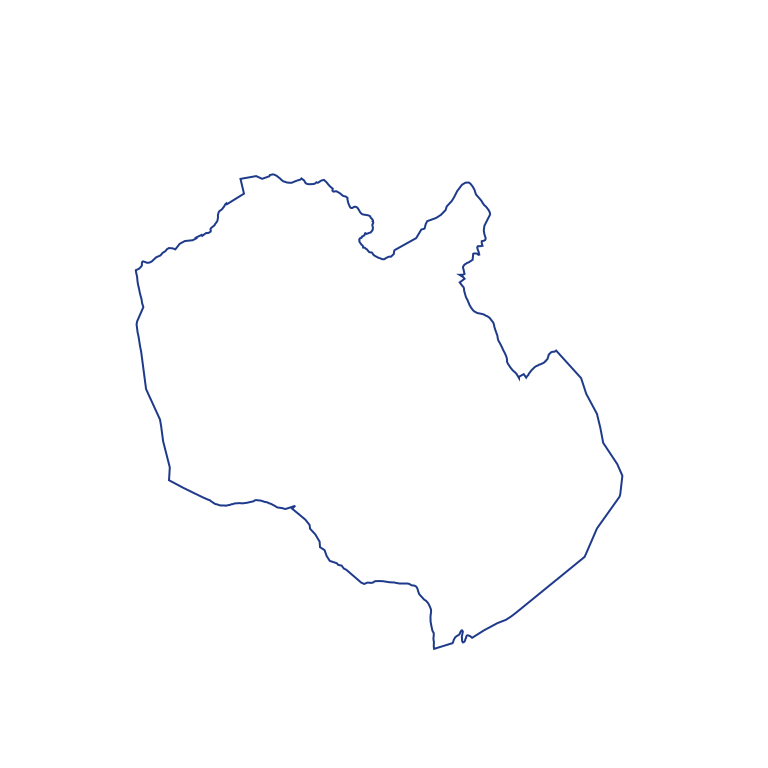 San Juan Cancuc, Chiapas, Mexico, rotated 309°
{"feature_id": "50627088B84437137073669", "entity_name": "San Juan Cancuc", "entity_type": "district", "adm_level": 2, "iso_a3": "MEX", "parent_name": "Mexico", "parent_adm1": "Chiapas", "projection": "natural_earth1", "projection_center": [-92.376, 16.931], "detail": "fine", "context": "isolated", "style": "outline", "palette": "blue", "viewbox_px": 768, "rotation_deg": 309, "n_neighbors": 0, "source": "geoboundaries", "source_scale": "gbopen_adm2", "svg_char_len": 6166}
<svg xmlns="http://www.w3.org/2000/svg" viewBox="0 0 768 768"><g transform="rotate(309 384 384)"><path d="M568.9,321.5L561.4,321.0L558.0,322.4L551.3,321.8L545.8,320.0L537.7,315.1L534.5,315.8L530.4,317.7L529.3,317.1L527.6,315.8L517.6,317.2L495.2,308.2L494.4,308.0L493.2,308.5L491.2,309.8L487.3,309.3L486.7,308.4L485.7,307.5L483.0,306.2L481.3,305.8L480.6,305.1L479.8,303.9L479.3,301.9L478.6,300.2L477.8,296.2L477.8,294.0L478.4,292.8L478.5,292.1L478.4,291.5L477.4,290.1L477.2,289.3L477.9,285.8L477.7,285.2L477.8,283.6L477.7,283.1L476.9,281.9L477.6,281.3L478.0,280.6L478.2,278.4L479.1,275.4L479.5,274.9L480.5,274.3L480.9,273.7L482.0,273.6L483.4,274.5L484.0,274.4L484.1,274.2L484.7,274.1L485.1,274.5L486.3,274.7L487.0,275.2L487.4,275.0L488.2,275.0L488.9,274.5L489.4,274.5L489.6,274.8L489.6,275.9L491.0,276.8L491.9,277.2L493.2,278.2L495.0,278.4L495.8,278.1L496.6,278.2L498.2,277.3L499.0,276.5L499.9,275.1L500.8,274.5L501.7,274.6L502.1,274.4L502.8,274.0L503.0,273.7L503.2,272.8L503.7,272.9L504.0,272.7L504.7,271.2L504.8,269.2L505.1,268.5L505.6,267.9L505.5,266.7L505.0,265.3L502.6,261.1L502.3,260.3L502.2,259.6L502.3,258.3L502.7,256.8L503.5,254.8L504.1,253.0L504.2,251.8L503.9,250.4L502.8,249.2L501.0,248.7L500.1,247.7L500.0,247.2L500.2,246.0L500.7,245.2L501.2,244.0L502.4,242.0L504.6,239.3L505.7,238.5L505.6,236.2L504.8,234.7L504.4,233.5L504.5,230.2L504.1,227.1L503.8,225.7L502.8,224.6L501.7,223.7L501.8,222.2L503.6,221.2L503.5,219.1L503.7,216.7L504.7,211.7L504.8,208.8L502.2,207.0L500.4,206.6L498.7,205.9L498.2,204.5L496.2,204.2L494.9,203.2L492.4,200.4L491.1,198.5L490.9,197.3L490.9,196.1L491.6,194.6L491.9,193.7L491.8,190.5L490.3,190.4L486.4,187.8L482.8,185.9L482.1,185.4L480.7,183.6L479.3,181.4L478.9,180.0L478.1,178.1L478.1,175.2L478.3,174.1L478.2,169.3L477.5,166.5L476.9,165.7L474.6,163.8L473.2,164.1L466.8,160.2L465.1,153.8L453.1,143.4L443.8,155.4L424.9,148.8L425.3,147.9L424.5,147.8L424.3,147.6L422.7,147.7L421.4,148.1L420.6,148.0L419.7,148.1L417.6,148.1L415.1,147.4L414.1,147.3L413.0,147.6L410.8,148.6L408.9,150.2L406.6,151.5L405.4,152.0L401.8,152.1L400.8,152.4L396.5,151.5L395.5,151.6L394.8,151.9L394.3,152.8L393.7,153.2L393.1,153.3L391.3,152.7L390.7,152.3L390.1,151.8L389.7,150.9L387.4,150.2L384.7,149.5L385.1,148.4L379.3,145.7L379.1,146.5L375.3,144.8L369.8,139.3L366.1,137.7L364.3,137.0L357.3,137.1L356.4,134.3L354.2,131.2L352.0,130.5L349.5,130.5L347.8,129.8L345.9,129.4L343.3,129.4L339.1,127.2L333.1,126.4L330.9,125.4L329.2,123.8L327.7,119.6L326.6,119.3L325.4,119.9L323.7,121.3L321.6,121.3L319.6,121.1L317.3,120.1L316.3,119.5L315.3,120.4L311.9,124.7L309.1,127.4L306.7,130.0L303.6,134.0L301.0,137.1L296.9,142.7L294.7,145.0L292.3,148.6L277.4,152.7L274.6,154.2L268.9,160.2L266.2,163.6L259.6,170.9L256.6,174.6L230.3,202.3L215.4,232.3L210.9,237.4L200.4,248.5L184.4,270.0L173.9,277.5L177.0,293.4L179.9,306.1L181.9,314.6L183.5,320.4L184.1,321.8L184.0,323.4L184.5,328.3L185.2,329.6L186.6,333.2L189.2,336.4L189.8,337.6L191.2,338.7L193.3,340.5L194.4,341.0L195.6,342.2L197.0,342.9L200.7,346.9L201.9,348.8L203.6,350.5L205.5,352.3L209.5,355.4L210.3,356.2L212.2,356.8L213.4,357.8L215.9,361.7L217.4,365.7L218.6,367.8L219.0,369.9L219.7,371.4L220.6,376.1L220.9,378.7L223.6,383.2L224.2,384.9L225.0,386.2L233.5,391.7L229.3,391.0L229.1,408.2L227.6,414.9L225.0,417.6L223.9,425.2L221.0,433.1L216.9,437.0L217.5,442.4L214.2,447.7L212.4,453.2L215.0,460.1L214.6,462.3L216.2,465.3L215.3,468.9L215.9,471.6L215.3,491.3L216.2,494.5L218.2,495.5L219.4,496.3L221.3,499.1L222.6,500.3L224.5,500.9L225.3,501.3L228.1,504.6L230.1,507.3L233.5,513.2L236.5,517.3L236.8,518.2L239.0,522.1L239.8,522.9L242.6,526.5L243.5,527.5L244.5,529.3L244.9,532.1L246.4,534.4L246.8,536.0L246.6,537.3L245.8,539.1L244.2,541.3L242.8,543.7L241.7,551.0L241.9,552.2L241.9,553.9L241.6,555.4L241.3,556.6L240.0,559.5L238.4,562.3L236.8,563.8L232.6,566.4L228.7,569.7L226.6,572.1L222.8,576.8L221.7,579.4L219.8,581.0L217.7,582.3L216.2,583.6L215.1,585.0L211.4,587.8L209.7,589.6L225.7,600.3L226.9,600.1L229.5,599.1L231.9,598.8L233.8,599.1L235.8,600.0L237.4,600.1L239.5,599.4L241.3,599.3L241.7,599.9L241.2,601.1L236.6,603.5L233.4,606.5L232.8,607.8L233.3,608.3L234.1,608.6L234.8,608.6L235.7,608.4L236.6,607.9L238.5,607.5L238.8,607.2L240.0,606.7L240.6,606.7L241.3,607.1L241.9,608.3L242.3,610.2L242.2,612.2L255.7,616.8L269.5,622.6L277.5,627.2L283.4,629.1L289.6,630.6L375.9,648.7L379.7,647.7L405.8,640.4L444.6,638.0L447.3,636.8L462.7,627.0L468.5,615.8L476.2,591.4L486.0,579.8L494.8,568.3L503.6,547.4L512.6,533.5L518.3,496.8L517.6,496.8L517.1,496.4L516.3,496.1L515.0,494.6L513.3,493.7L512.3,493.8L510.4,493.5L509.5,494.1L505.9,495.4L504.7,495.1L503.5,495.3L502.8,494.9L501.7,495.0L500.4,494.5L497.7,493.2L496.8,492.4L495.0,491.9L494.3,491.3L493.0,490.8L491.5,490.4L490.1,490.3L487.6,490.0L483.1,490.1L481.7,490.5L479.9,490.3L478.4,490.5L479.6,486.4L474.7,484.4L473.5,485.3L475.3,480.5L475.6,477.7L475.5,476.9L475.8,474.4L476.6,471.0L477.1,469.7L477.6,467.8L478.0,467.0L478.9,465.4L479.8,464.8L481.3,463.2L482.6,461.3L484.2,458.1L485.5,455.0L486.7,452.8L489.0,447.6L489.4,446.3L490.0,445.2L491.0,443.7L492.9,441.7L496.3,436.1L498.0,433.6L499.2,432.3L500.4,430.4L500.8,429.1L501.0,427.8L501.6,425.8L501.9,424.0L501.5,420.9L501.1,420.0L501.0,418.5L500.3,416.4L497.9,411.9L497.3,408.9L497.3,406.9L498.3,403.0L498.8,402.2L499.1,400.9L499.8,399.8L501.1,397.2L502.0,395.8L502.3,394.6L503.3,392.7L506.1,388.7L507.0,387.5L508.6,386.0L509.4,384.6L509.6,382.8L510.6,378.9L516.5,380.4L516.9,378.3L516.4,374.0L518.5,376.6L520.2,377.3L523.4,373.3L524.0,372.3L524.6,371.8L526.3,371.4L527.6,371.5L530.4,372.4L531.9,373.3L536.3,374.7L541.3,371.4L542.2,371.8L543.9,374.3L543.8,376.1L544.5,376.6L546.1,374.6L547.6,372.0L548.8,370.5L550.1,370.2L551.7,372.1L553.4,373.6L554.3,372.2L555.4,370.9L556.5,370.1L558.4,371.6L559.5,372.0L560.6,371.7L561.4,371.1L563.5,367.9L566.0,365.0L568.7,363.3L570.3,362.4L581.5,360.0L582.6,359.7L584.1,358.0L584.4,357.0L585.0,356.0L585.4,354.1L585.7,353.3L586.0,351.5L586.1,348.8L586.6,347.7L586.8,346.5L587.1,346.1L587.6,344.6L588.0,342.9L589.2,336.1L591.8,332.2L593.2,328.8L593.9,325.9L594.1,323.7L593.6,322.7L591.7,320.6L587.9,319.2L579.9,319.5L573.4,320.9L568.9,321.5Z" fill="none" stroke="#1e3a8a" stroke-width="2"/></g></svg>